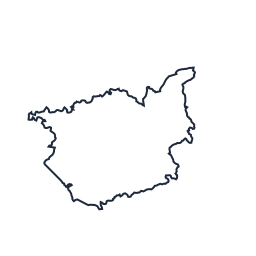 the district of Santa Cecília, Santa Catarina, Brazil, rotated 54°
{"feature_id": "56859067B99160038311244", "entity_name": "Santa Cecília", "entity_type": "district", "adm_level": 2, "iso_a3": "BRA", "parent_name": "Brazil", "parent_adm1": "Santa Catarina", "projection": "albers", "projection_center": [-50.467, -26.885], "detail": "fine", "context": "isolated", "style": "outline", "palette": "slate", "viewbox_px": 256, "rotation_deg": 54, "n_neighbors": 0, "source": "geoboundaries", "source_scale": "gbopen_adm2", "svg_char_len": 5584}
<svg xmlns="http://www.w3.org/2000/svg" viewBox="0 0 256 256"><g transform="rotate(54 128 128)"><path d="M106.8,216.0L107.9,216.6L109.4,216.5L129.8,213.3L132.9,213.0L134.0,213.2L135.4,212.3L136.6,213.0L138.2,212.5L139.3,212.6L139.1,211.1L138.6,209.6L139.0,208.3L140.1,207.2L141.1,207.1L141.0,208.5L140.8,210.1L141.0,211.7L142.4,212.3L143.5,212.6L144.7,212.2L146.0,212.4L147.3,212.5L148.3,212.8L149.1,213.3L150.3,213.6L151.6,213.9L152.6,214.7L154.1,215.0L155.4,214.8L155.3,213.6L155.5,212.4L156.0,211.0L166.1,206.0L167.4,205.0L167.8,203.7L168.6,202.7L169.7,201.5L170.4,200.5L171.7,199.5L173.5,198.7L175.4,199.0L176.9,199.0L177.7,197.5L178.3,196.5L176.9,195.8L175.1,195.5L173.9,195.1L173.1,194.6L171.9,193.6L173.5,192.7L174.8,192.7L176.0,191.4L176.3,190.1L175.4,189.1L174.7,188.2L175.1,186.6L176.3,185.4L177.3,183.8L177.4,182.4L176.6,181.8L176.8,180.3L175.9,179.5L176.3,178.2L175.9,176.8L176.8,175.5L176.9,173.9L178.9,174.3L179.1,172.2L178.5,170.5L179.2,168.7L180.7,168.1L182.0,167.8L183.7,168.3L184.6,167.4L185.0,166.0L184.3,164.6L184.3,163.2L184.2,162.1L183.9,160.9L185.0,159.9L185.8,158.9L186.1,157.9L186.8,157.0L186.8,155.6L186.6,154.3L188.4,152.7L188.6,151.1L188.8,149.1L189.7,147.1L190.7,145.8L191.5,145.0L191.3,143.4L191.1,141.9L190.5,140.4L191.4,138.7L191.5,137.3L191.8,135.9L192.1,134.7L193.6,133.6L194.1,131.7L195.2,130.5L195.0,128.9L195.4,127.4L194.8,126.3L193.1,125.7L191.9,126.0L191.0,126.6L189.8,126.5L188.7,125.2L189.6,123.8L190.4,122.5L191.1,121.7L192.1,121.6L193.3,122.1L194.5,122.1L195.3,121.0L196.6,119.8L197.7,119.3L197.3,117.9L196.0,116.6L194.9,116.0L193.9,116.4L192.7,116.3L192.5,115.2L191.5,114.0L190.3,113.4L189.6,112.6L188.9,111.1L189.0,109.7L188.1,109.3L186.9,109.1L185.9,109.7L184.6,110.5L183.3,110.8L182.1,111.0L180.2,110.1L177.4,109.6L175.9,109.3L174.8,109.2L173.8,109.8L172.7,110.0L172.7,108.5L170.5,107.4L169.4,106.9L168.4,105.9L168.5,104.5L168.1,103.2L168.2,101.3L168.5,99.7L169.1,98.4L169.0,97.2L170.0,95.9L170.7,94.5L170.7,93.2L170.1,91.7L170.6,90.7L170.2,89.2L170.1,87.8L171.2,87.3L172.5,87.7L173.5,87.4L175.2,87.3L176.6,86.5L177.1,85.4L176.1,84.3L175.3,83.1L174.2,82.0L171.9,81.9L170.3,81.1L168.7,82.1L167.4,81.6L166.2,81.8L165.3,81.3L165.9,79.9L164.4,79.2L164.1,77.5L165.6,76.3L166.9,76.1L167.4,74.9L166.8,74.0L165.7,73.7L164.5,72.6L163.4,72.4L162.4,72.6L160.1,73.0L158.9,72.3L157.5,72.2L156.4,72.8L155.4,72.4L154.0,73.1L152.7,72.9L150.5,71.6L148.8,71.3L147.5,71.0L146.4,70.0L146.0,67.9L144.9,68.4L144.5,69.4L143.2,68.9L142.1,68.1L141.4,67.3L140.3,66.0L138.9,65.1L137.9,64.3L136.7,63.6L135.7,63.0L134.4,62.5L133.2,62.9L131.9,62.8L130.8,62.4L130.0,61.6L129.1,60.5L128.0,59.5L127.0,58.9L126.0,58.9L124.8,58.4L124.6,57.1L125.1,55.9L124.7,54.8L124.8,53.2L125.0,51.8L125.2,50.6L125.7,49.4L125.7,48.3L125.6,47.1L125.7,45.7L125.1,44.0L123.6,43.4L123.2,42.2L122.3,41.1L120.8,41.3L119.6,41.6L118.7,40.4L117.7,39.4L117.1,40.4L116.6,41.6L115.6,42.7L115.3,43.7L114.8,44.9L114.4,46.2L113.5,47.4L112.9,48.8L112.1,49.9L111.7,51.1L111.0,52.5L110.8,53.9L110.9,55.4L111.4,56.8L112.8,57.1L110.2,64.7L110.6,65.9L110.8,67.3L111.3,69.0L111.8,70.0L112.2,71.0L112.9,72.1L113.5,73.4L114.0,74.7L114.4,76.5L115.1,78.4L116.0,79.7L117.2,80.3L115.2,84.9L113.8,84.7L112.9,85.6L111.8,85.5L110.4,85.7L109.4,86.8L108.3,87.6L107.3,86.8L106.5,87.6L106.4,88.9L107.5,89.8L109.1,90.7L110.0,91.8L110.8,92.5L111.6,93.6L112.6,94.9L113.0,96.5L113.3,97.7L113.4,98.8L114.4,99.4L115.3,100.0L116.8,100.7L118.1,101.4L119.2,102.0L118.1,102.6L116.1,103.0L115.3,103.9L114.4,104.7L113.3,104.8L112.4,105.0L111.4,105.6L110.3,104.8L108.8,104.3L107.7,104.8L106.3,106.0L104.5,106.5L103.5,107.6L102.4,108.4L101.0,108.6L99.6,108.1L98.0,107.4L96.4,108.3L95.2,109.3L94.3,110.1L94.4,111.6L93.5,112.4L92.2,112.9L90.7,112.4L90.4,113.6L90.2,114.7L89.9,116.0L88.7,117.2L87.4,118.1L86.3,119.1L86.5,120.4L87.6,121.4L88.7,121.1L89.7,121.0L90.4,122.3L89.3,123.3L87.6,123.1L86.1,123.7L86.2,124.8L86.6,126.1L86.9,127.4L87.3,128.8L87.3,130.5L85.9,130.7L84.9,131.2L85.3,132.4L84.3,134.0L83.6,135.5L83.0,136.4L82.2,137.1L82.3,138.5L83.5,139.2L84.1,140.6L84.9,141.8L84.9,143.7L84.3,144.9L83.7,146.2L82.6,146.9L80.8,146.6L79.9,147.4L79.0,148.3L78.5,149.8L79.2,150.9L79.0,152.1L77.8,153.1L76.4,154.0L76.9,155.5L76.3,156.3L76.8,157.8L77.6,159.2L78.7,159.7L77.5,160.6L77.5,161.7L78.5,161.6L79.8,161.4L81.0,161.4L80.2,162.6L80.9,163.4L81.5,164.3L81.3,165.7L80.6,167.0L79.9,167.9L78.8,167.7L77.8,166.7L76.9,166.9L75.8,166.9L74.0,167.3L74.4,168.6L75.3,169.7L75.5,171.1L75.2,172.2L74.3,172.7L73.3,173.5L72.3,174.1L71.6,175.2L71.9,176.9L71.8,178.5L70.7,179.9L70.2,181.2L69.5,182.0L68.4,182.4L67.2,181.5L65.8,181.4L64.4,181.5L63.3,181.8L63.9,183.4L64.4,184.9L65.1,186.4L64.2,188.0L63.6,190.2L62.8,191.6L61.7,191.7L60.9,192.9L61.6,194.3L62.8,195.5L61.9,196.3L60.8,197.2L59.8,197.7L58.5,197.0L58.6,198.2L58.3,199.3L58.9,200.4L59.7,200.9L60.8,201.6L61.8,202.7L62.7,203.5L63.8,202.5L64.8,200.7L63.9,199.7L63.4,198.7L64.8,198.3L65.9,198.7L67.0,198.5L68.1,197.8L67.1,196.5L66.2,195.0L66.6,194.0L67.7,193.1L69.0,192.3L70.0,192.1L71.4,192.1L72.4,190.7L73.8,190.9L72.7,192.6L72.8,193.9L73.5,194.9L75.4,194.4L77.1,194.7L78.7,195.2L79.6,194.6L80.5,193.3L80.8,191.7L81.3,190.7L82.5,190.1L83.5,190.8L84.1,191.8L85.0,192.4L86.5,191.8L87.9,191.3L89.5,190.9L91.0,191.3L91.8,191.8L92.7,192.5L93.7,192.4L94.4,193.3L94.8,194.5L95.0,195.8L94.8,197.1L95.2,198.3L96.2,198.8L96.9,199.9L96.6,201.1L96.0,202.0L96.4,203.2L100.0,199.6L100.9,198.7L101.8,200.1L102.7,201.1L103.7,201.8L104.7,203.4L105.3,205.0L105.3,206.3L105.4,207.4L105.6,209.0L106.6,210.3L106.0,211.9L105.9,213.6L106.3,214.9L106.8,216.0Z" fill="none" stroke="#1e293b" stroke-width="2"/></g></svg>